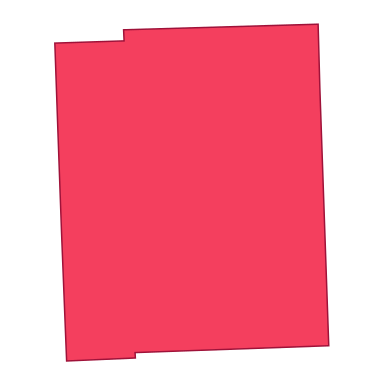 the district of Jasper, Iowa, United States of America, rotated 88°
{"feature_id": "52423323B7316814812014", "entity_name": "Jasper", "entity_type": "district", "adm_level": 2, "iso_a3": "USA", "parent_name": "United States of America", "parent_adm1": "Iowa", "projection": "albers", "projection_center": [-93.033, 41.685], "detail": "fine", "context": "isolated", "style": "filled", "palette": "rose", "viewbox_px": 384, "rotation_deg": 88, "n_neighbors": 0, "source": "geoboundaries", "source_scale": "gbopen_adm2", "svg_char_len": 318}
<svg xmlns="http://www.w3.org/2000/svg" viewBox="0 0 384 384"><g transform="rotate(88 192 192)"><path d="M356.5,323.2L355.9,254.4L350.5,254.5L350.4,60.7L92.8,60.6L28.7,60.1L27.5,254.7L38.6,254.6L38.4,323.9L122.0,323.9L228.7,323.8L292.6,323.5L356.5,323.2Z" fill="#f43f5e" stroke="#9f1239" stroke-width="1.5"/></g></svg>